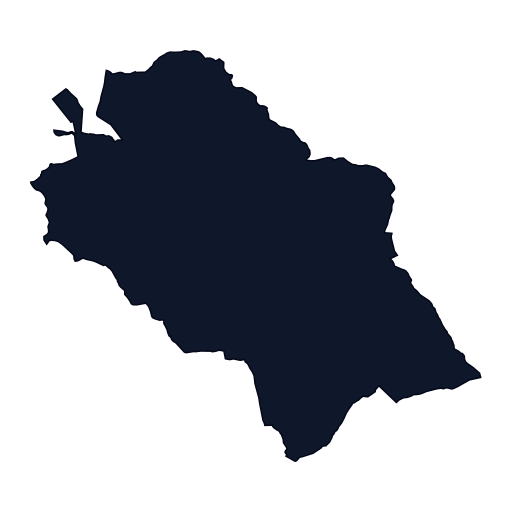 the district of Pardosi, Buzau, Romania
{"feature_id": "2599482B33669968833110", "entity_name": "Pardosi", "entity_type": "district", "adm_level": 2, "iso_a3": "ROU", "parent_name": "Romania", "parent_adm1": "Buzau", "projection": "robinson", "projection_center": [26.866, 45.449], "detail": "fine", "context": "isolated", "style": "filled", "palette": "ink", "viewbox_px": 512, "rotation_deg": 0, "n_neighbors": 0, "source": "geoboundaries", "source_scale": "gbopen_adm2", "svg_char_len": 5936}
<svg xmlns="http://www.w3.org/2000/svg" viewBox="0 0 512 512"><path d="M481.3,377.3L480.8,377.2L480.4,376.4L479.6,373.2L472.8,367.3L467.6,363.7L465.7,361.9L464.8,360.0L464.3,357.9L464.5,357.2L464.3,356.0L462.8,354.0L462.1,353.4L460.8,353.3L459.3,351.8L457.6,350.6L454.3,349.0L454.1,348.5L453.9,345.3L453.0,343.2L452.8,342.0L451.5,339.6L450.9,337.5L447.5,333.5L447.1,331.9L446.4,330.9L445.4,329.9L442.4,325.1L439.8,319.2L438.7,317.9L437.5,314.9L435.9,312.4L435.3,309.9L434.8,308.6L434.1,307.9L432.9,307.2L431.8,304.0L429.3,301.0L420.1,294.8L417.0,291.1L413.6,288.2L412.9,286.6L410.6,283.3L410.7,282.4L411.4,280.5L411.3,279.6L409.0,276.2L408.0,273.6L405.8,270.9L403.7,269.8L401.8,269.3L395.0,266.3L394.3,265.6L393.8,263.5L392.5,261.1L390.1,258.8L397.4,255.3L394.5,251.1L391.4,238.8L391.2,235.7L391.8,234.3L391.9,233.3L384.6,232.8L384.7,230.6L387.5,224.4L388.5,219.4L389.1,218.4L389.8,215.6L391.7,210.5L391.8,206.2L392.1,204.7L393.5,201.5L393.5,200.6L393.2,199.9L392.7,198.8L391.0,196.8L390.3,195.5L390.3,194.8L390.5,194.2L394.4,189.5L394.5,187.5L394.2,186.2L391.1,181.1L391.1,180.4L387.5,177.2L385.4,173.4L382.6,172.2L378.5,168.9L375.1,167.3L366.6,165.2L365.4,165.2L362.6,165.8L357.8,165.7L355.9,164.9L352.2,164.4L347.6,161.5L343.4,158.1L339.1,158.2L337.8,158.6L335.2,159.9L333.9,159.7L333.2,159.2L332.8,158.7L331.5,158.0L330.3,157.6L327.6,157.6L314.8,160.7L311.4,160.8L306.8,160.3L306.5,160.0L306.5,159.0L308.7,157.1L309.3,156.1L310.0,154.1L310.0,152.9L309.6,150.2L308.4,148.7L307.0,145.3L305.9,143.7L304.6,142.8L303.0,142.6L300.3,141.0L299.4,139.2L295.1,134.1L293.9,131.9L292.5,130.4L290.8,129.4L285.9,128.2L284.3,127.4L280.6,127.1L277.5,125.0L276.5,123.7L275.4,122.8L269.8,120.0L268.9,118.7L268.5,116.2L268.5,114.7L266.7,109.4L267.2,108.6L267.2,108.1L266.8,107.6L264.7,106.3L263.3,105.9L260.1,105.8L258.4,104.6L257.4,103.5L256.3,101.7L256.1,99.5L256.3,97.5L256.2,97.0L255.2,95.7L251.4,92.5L242.0,87.7L236.2,87.9L233.8,86.8L232.8,86.0L232.0,84.7L231.3,82.0L230.0,79.4L231.5,78.6L231.9,77.7L232.4,75.7L232.0,75.0L231.2,74.7L229.4,74.8L226.0,72.4L224.2,69.5L223.6,67.7L223.8,62.8L223.6,62.1L221.1,60.5L219.8,59.2L219.1,58.9L218.4,59.6L215.7,60.8L214.3,60.4L213.9,59.5L210.4,58.2L207.7,58.1L204.7,58.6L204.2,57.5L202.9,55.8L200.6,53.3L198.7,51.9L194.8,51.0L193.1,50.9L190.1,51.6L184.9,50.8L181.2,52.0L175.7,52.3L169.9,52.1L166.5,53.3L164.7,54.7L163.1,55.4L159.1,57.8L157.2,60.0L154.1,62.4L152.4,66.2L150.8,67.2L148.7,69.6L145.3,72.2L135.7,72.4L135.3,71.8L134.9,71.9L130.1,73.9L125.0,73.9L121.9,72.6L120.3,72.4L118.7,72.6L114.5,73.8L112.6,74.0L111.6,73.7L111.0,72.7L109.9,71.9L108.1,70.9L106.3,70.4L105.1,78.0L104.7,82.1L103.8,86.6L101.1,96.5L100.3,101.4L98.5,106.2L96.7,112.6L96.7,114.6L97.0,115.3L98.0,116.5L110.9,124.7L122.4,139.9L121.2,140.4L120.3,140.0L117.4,140.1L116.8,140.9L116.1,141.3L115.0,141.3L113.8,140.8L113.6,140.4L113.6,139.7L112.6,139.0L112.1,137.7L110.5,136.6L108.5,135.8L107.2,136.2L105.8,136.0L103.3,134.7L97.2,135.0L94.9,134.8L93.7,134.2L92.0,134.3L90.8,133.8L88.5,134.2L83.9,133.3L81.0,132.1L82.6,109.1L80.1,106.2L77.8,102.5L77.4,100.6L76.5,98.7L70.9,93.7L67.5,90.0L65.9,88.9L52.6,99.1L71.0,122.2L73.1,121.4L75.6,132.9L75.1,133.2L73.8,132.9L72.9,132.1L72.0,131.7L70.7,131.8L68.8,132.7L67.4,132.7L62.3,131.2L53.9,130.2L54.3,132.6L56.1,134.8L58.3,135.7L59.8,135.7L64.1,134.5L66.3,134.6L68.4,134.3L69.4,134.1L70.1,133.6L70.1,133.3L71.0,133.2L72.3,133.3L73.8,134.9L74.6,135.1L75.4,142.9L78.1,156.7L73.1,159.3L66.1,162.4L62.0,163.9L57.8,164.0L53.6,164.5L51.5,163.8L50.4,164.0L49.8,165.1L49.8,166.4L47.9,168.5L45.8,170.0L42.0,171.3L41.4,174.3L40.8,174.6L40.8,176.1L38.0,178.8L35.2,181.0L33.2,181.8L30.8,182.0L30.7,182.2L30.9,183.1L32.2,185.4L33.9,187.7L36.0,189.7L39.6,190.8L41.7,192.2L43.6,194.5L45.0,196.7L45.9,199.0L45.8,200.0L45.2,203.0L45.2,203.8L45.6,204.6L47.6,207.2L48.1,209.3L47.2,212.6L46.1,214.8L46.3,215.8L48.3,218.9L49.5,222.5L48.0,226.6L48.6,230.1L48.6,232.1L48.2,233.1L46.8,234.7L43.9,236.5L44.0,240.0L44.2,240.3L46.7,244.2L49.1,240.7L51.4,240.2L54.9,240.5L58.0,241.4L58.8,241.9L62.2,244.3L70.9,252.3L73.5,255.0L73.9,256.0L74.1,258.9L75.2,261.2L77.0,261.0L78.8,260.3L82.4,258.3L83.8,258.3L86.2,259.3L91.8,260.5L94.1,261.2L96.9,262.3L103.5,265.5L105.3,264.8L108.7,267.8L110.2,268.8L112.2,271.2L116.1,278.3L117.3,279.6L117.5,281.6L118.4,282.9L118.8,284.3L119.4,285.6L120.5,286.9L124.3,290.2L124.7,290.9L124.8,294.5L126.4,296.2L128.2,298.5L130.3,301.7L131.2,303.6L132.2,304.4L133.3,304.8L137.0,304.8L145.8,303.2L147.1,304.5L148.7,306.6L150.6,311.5L151.7,316.2L152.5,317.6L154.7,318.7L159.9,320.3L160.9,319.9L163.4,320.1L164.3,322.4L163.7,322.8L164.2,324.2L165.0,325.4L167.2,330.0L167.8,332.7L169.1,335.9L171.1,337.6L171.6,339.5L173.5,341.4L175.9,342.9L184.4,352.2L186.2,352.7L193.8,351.5L195.3,351.7L200.9,351.0L212.2,351.2L212.2,351.7L215.0,351.4L219.2,350.2L223.9,351.0L225.4,358.8L229.6,359.6L233.5,358.9L240.2,360.3L244.3,359.6L245.0,360.5L245.2,361.8L247.6,363.7L248.3,364.8L249.9,368.2L252.5,372.1L254.1,375.8L255.0,383.6L258.9,398.0L259.6,403.0L262.9,420.0L264.5,423.7L264.8,425.4L272.7,425.2L272.6,426.1L273.6,427.5L276.0,429.3L279.4,431.3L280.3,433.3L281.4,434.5L283.2,439.3L283.5,442.8L286.8,447.8L286.8,449.2L285.3,451.1L285.2,451.8L285.1,452.5L285.4,452.9L286.6,454.5L286.6,455.2L286.0,456.2L294.8,461.1L295.6,461.2L296.6,460.7L299.6,457.2L302.3,456.7L313.0,453.3L321.5,447.6L321.9,446.6L322.6,446.1L325.8,445.8L329.6,442.1L331.9,437.5L332.4,435.5L333.7,434.2L335.1,431.4L336.6,430.6L337.9,428.6L338.4,427.0L341.4,423.2L343.9,418.5L346.3,413.1L348.8,409.1L352.0,404.6L352.5,403.3L354.4,402.7L356.8,400.9L358.3,400.3L361.4,397.3L363.3,396.3L367.8,396.8L375.1,391.8L375.5,389.7L378.9,385.8L396.4,402.5L399.2,399.9L403.4,397.8L407.5,397.3L411.0,396.1L413.5,394.7L417.6,394.4L420.8,393.8L426.6,391.4L436.3,388.9L440.6,388.2L443.3,388.7L444.2,388.6L444.9,388.0L445.6,387.9L448.1,388.0L451.3,388.9L453.1,388.7L457.8,386.5L469.4,379.9L481.3,377.3Z" fill="#0f172a" stroke="#020617" stroke-width="1.5"/></svg>